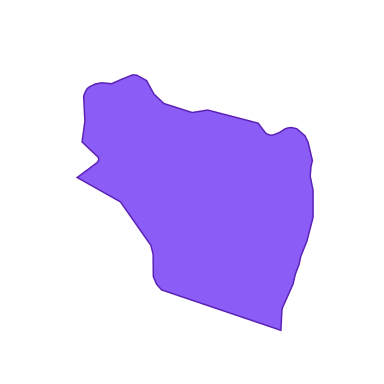 Merton, Mercator projection, rotated 205°
{"feature_id": "GBR-2073", "entity_name": "Merton", "entity_type": "London Borough", "adm_level": 1, "iso_a3": "GBR", "parent_name": "United Kingdom", "parent_adm1": "", "projection": "mercator", "projection_center": [-0.177, 51.408], "detail": "fine", "context": "isolated", "style": "filled", "palette": "violet", "viewbox_px": 384, "rotation_deg": 205, "n_neighbors": 0, "source": "natural_earth", "source_scale": "10m", "svg_char_len": 826}
<svg xmlns="http://www.w3.org/2000/svg" viewBox="0 0 384 384"><g transform="rotate(205 192 192)"><path d="M178.2,90.4L185.2,93.5L191.3,99.0L200.9,119.1L206.6,126.2L252.7,152.8L302.2,156.6L290.4,178.6L290.1,179.9L290.1,181.4L290.6,182.7L291.6,183.8L312.8,190.9L319.0,210.9L330.5,232.7L330.9,234.8L331.0,238.6L330.8,240.6L330.2,242.5L329.0,244.5L325.2,249.1L320.2,252.7L310.6,256.2L303.1,264.8L295.4,273.0L291.5,274.5L280.3,273.8L267.8,264.6L254.9,260.3L225.4,264.1L212.4,272.9L161.1,282.3L149.9,276.4L145.4,276.4L142.5,278.0L137.8,283.0L134.4,288.5L131.9,290.8L129.0,292.5L123.9,293.6L113.4,290.7L107.6,285.9L96.2,271.4L94.9,265.2L91.5,256.2L83.0,244.7L71.6,220.3L67.1,196.1L66.2,179.4L64.4,171.9L63.6,161.2L61.5,151.0L61.1,125.3L60.5,122.7L53.0,104.2L178.2,90.4Z" fill="#8b5cf6" stroke="#5b21b6" stroke-width="1.5"/></g></svg>